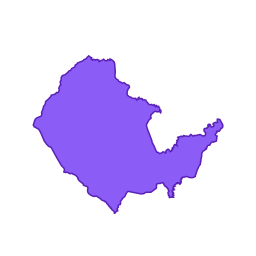 Ossu, Viqueque, East Timor (Albers equal-area conic projection), rotated 52°
{"feature_id": "22284137B78761758678939", "entity_name": "Ossu", "entity_type": "district", "adm_level": 2, "iso_a3": "TLS", "parent_name": "East Timor", "parent_adm1": "Viqueque", "projection": "albers", "projection_center": [126.407, -8.715], "detail": "fine", "context": "isolated", "style": "filled", "palette": "violet", "viewbox_px": 256, "rotation_deg": 52, "n_neighbors": 0, "source": "geoboundaries", "source_scale": "gbopen_adm2", "svg_char_len": 5893}
<svg xmlns="http://www.w3.org/2000/svg" viewBox="0 0 256 256"><g transform="rotate(52 128 128)"><path d="M176.0,52.2L177.3,53.3L178.6,53.8L178.3,55.0L177.3,55.7L176.8,58.0L177.4,58.7L179.1,58.7L179.3,59.8L178.8,61.6L176.9,61.6L176.5,61.1L176.1,61.0L175.2,61.5L174.8,62.1L174.7,62.8L175.1,63.5L175.7,63.5L176.3,63.0L176.5,63.0L176.7,63.5L176.2,65.0L176.8,66.0L175.6,67.9L175.6,68.6L176.6,69.6L177.9,70.0L179.2,69.7L180.0,70.1L181.1,71.4L181.3,72.3L180.4,73.9L179.8,74.3L177.8,75.0L177.4,75.4L176.4,77.4L176.0,78.8L174.6,80.4L174.7,81.2L173.9,82.0L171.8,82.4L171.8,83.4L172.2,84.5L172.0,85.2L170.0,87.3L169.5,88.2L168.8,88.3L168.1,88.9L168.5,90.4L167.2,91.1L166.8,92.2L166.7,93.1L165.9,94.1L166.2,94.8L167.3,94.6L167.7,94.8L168.2,96.1L167.8,97.1L168.3,97.4L169.2,97.4L169.4,98.8L170.6,99.6L172.2,100.2L170.0,101.1L169.7,101.6L170.1,102.6L171.0,103.7L171.0,105.4L171.3,105.7L172.1,105.3L172.2,107.4L172.9,107.6L173.0,107.9L172.6,108.5L172.6,109.3L170.0,109.1L169.3,109.5L169.2,111.7L169.6,112.4L170.9,113.5L170.8,113.8L169.1,114.4L168.3,115.1L168.3,116.9L167.6,118.8L165.5,119.3L165.1,120.1L164.3,120.2L158.1,118.5L154.4,117.9L152.1,116.8L140.1,113.1L137.5,112.0L136.5,111.0L134.5,106.4L134.7,105.6L134.3,105.1L134.6,104.0L134.2,103.6L133.1,103.4L132.7,102.5L131.7,101.9L131.6,101.5L131.6,99.0L131.3,98.3L131.6,96.3L133.3,95.0L134.3,93.3L135.1,92.9L136.1,92.9L136.0,92.6L134.4,91.2L134.2,91.2L133.8,92.1L133.5,92.1L132.4,91.1L131.6,90.9L130.6,91.1L130.0,90.5L129.7,90.5L129.4,91.6L129.0,91.8L127.7,91.7L127.6,91.8L127.6,92.3L128.3,92.8L128.2,93.4L126.6,93.2L126.0,92.9L125.6,93.0L125.5,94.3L125.2,94.7L124.0,94.8L123.7,95.7L122.5,96.8L121.5,97.1L120.0,96.9L118.6,97.2L117.0,96.8L115.9,97.7L115.1,98.9L114.6,99.0L113.9,98.7L113.4,99.5L112.8,99.4L112.0,101.0L111.4,100.9L110.6,100.5L110.5,101.4L111.5,102.6L111.0,103.1L111.4,103.8L111.3,104.1L109.4,103.7L109.1,103.9L108.8,104.2L108.8,104.7L107.3,106.2L106.2,106.6L105.6,106.6L104.5,107.6L102.2,108.2L101.3,108.2L98.9,106.4L97.5,104.1L96.9,101.9L96.6,101.6L95.5,101.1L94.4,101.3L92.9,102.5L89.9,103.1L89.2,104.9L87.5,105.4L85.8,106.5L83.9,106.3L82.6,107.0L80.7,107.0L79.1,106.4L75.7,103.3L69.4,99.1L67.3,98.2L64.2,98.8L62.6,99.6L62.9,99.8L63.6,99.7L63.8,100.1L63.1,100.9L61.6,101.8L62.1,103.0L61.1,104.4L60.3,104.7L58.9,104.8L58.6,105.1L58.8,106.3L58.2,107.8L58.0,108.8L58.1,109.7L57.9,110.0L57.2,109.8L56.5,109.2L56.2,109.6L55.3,109.8L54.4,111.3L54.7,111.4L54.7,111.7L52.7,112.8L52.8,114.1L52.5,114.3L52.0,114.2L51.2,114.7L50.4,114.0L50.5,113.4L50.2,113.3L49.4,114.0L47.0,114.5L47.2,116.9L47.6,117.8L47.6,118.7L47.5,119.4L47.0,120.1L47.3,122.2L45.7,127.7L46.2,129.4L45.9,130.8L46.9,131.9L47.1,132.8L46.5,135.7L47.2,137.8L46.7,139.9L47.2,141.2L47.2,145.0L46.4,147.0L46.4,148.1L47.2,149.7L49.4,151.4L49.4,152.3L49.9,153.1L51.4,153.8L51.9,154.3L52.8,154.4L52.7,155.5L53.9,157.9L54.5,158.3L55.7,158.6L56.9,160.7L56.9,161.6L56.0,162.5L56.5,164.3L56.0,165.2L56.0,166.0L54.9,168.2L55.7,169.7L56.3,173.6L56.4,176.3L56.8,177.0L58.4,178.8L59.0,181.2L60.5,183.1L62.1,185.7L62.8,186.8L64.2,187.5L64.9,188.6L65.1,189.9L64.5,191.2L63.9,194.0L63.9,195.3L64.5,196.7L67.4,200.9L67.9,200.8L69.5,201.2L70.0,200.5L71.0,200.4L73.3,199.4L74.5,199.1L78.5,199.8L86.7,202.0L91.2,202.1L94.3,201.6L95.2,200.9L95.3,200.6L96.6,200.6L108.1,202.5L117.0,203.6L120.5,203.2L121.9,203.9L123.0,205.5L123.5,205.6L123.8,205.1L124.6,204.6L124.6,204.2L125.2,203.8L125.5,203.0L127.7,202.3L128.4,201.7L129.3,200.0L130.8,199.7L132.0,198.8L133.4,198.3L136.4,198.1L137.1,198.8L139.7,198.9L144.5,197.7L145.7,198.4L148.3,196.7L149.7,196.1L150.7,196.6L151.9,198.0L153.2,198.9L154.3,199.3L155.7,199.3L158.1,198.7L160.8,197.2L162.1,195.0L163.0,194.5L167.4,193.1L168.7,193.0L170.7,191.9L171.3,191.3L171.9,191.6L173.4,190.7L174.5,191.3L175.8,190.8L175.9,191.0L177.3,191.1L177.7,190.8L178.4,191.2L178.9,190.8L179.3,190.9L179.6,190.8L179.8,191.0L180.4,191.1L180.9,190.6L182.0,191.0L185.1,190.4L186.2,190.7L186.7,191.2L186.9,191.0L187.1,190.2L186.4,188.7L186.6,188.2L186.5,187.5L186.9,187.1L186.0,186.5L185.0,186.4L184.6,185.8L184.4,184.2L182.9,183.3L183.1,182.0L183.5,181.2L182.9,180.3L181.3,179.2L181.1,178.9L180.6,176.7L180.1,175.7L180.0,172.7L178.3,169.3L178.0,168.1L178.0,166.9L188.0,158.3L189.4,156.0L189.6,154.0L190.0,153.1L192.7,149.5L192.9,143.0L192.3,142.1L189.9,140.2L190.2,138.6L191.6,136.6L192.0,134.6L192.3,134.4L193.5,134.3L193.7,134.0L194.8,134.6L195.7,134.5L196.6,134.7L198.0,133.9L198.7,134.3L199.4,133.9L200.4,134.1L201.3,134.0L202.1,134.6L202.9,134.4L203.4,135.4L203.3,136.0L203.6,136.3L206.1,137.6L206.8,137.2L208.1,138.2L208.3,138.2L209.1,136.6L210.3,135.1L209.6,135.2L209.2,135.0L209.6,134.1L209.5,133.5L208.5,133.1L208.2,133.7L207.3,133.4L207.2,132.8L207.5,132.3L207.3,132.1L206.8,132.0L206.2,132.5L205.8,132.4L205.5,131.9L204.6,131.9L204.4,131.4L205.1,129.6L204.6,129.7L204.2,130.3L203.8,130.2L203.2,129.4L203.5,128.8L202.3,128.8L201.8,127.7L201.8,127.4L202.5,127.2L202.7,126.8L202.1,126.9L201.5,126.4L201.8,125.4L201.4,124.3L201.9,123.8L201.3,123.2L201.5,122.9L202.3,122.7L202.1,122.1L202.5,121.6L202.9,121.4L203.8,121.9L204.1,121.8L203.8,121.5L204.1,120.9L203.7,119.7L202.9,119.8L202.8,118.9L202.3,118.6L201.5,118.7L201.1,117.0L200.5,116.9L200.8,116.1L200.3,115.5L201.5,113.7L202.1,111.9L202.9,111.1L204.4,110.4L206.6,108.2L207.4,106.4L207.3,105.3L207.6,104.8L207.0,104.2L203.9,99.6L201.8,95.7L201.2,93.4L200.5,93.0L199.8,91.8L198.9,91.5L198.8,90.7L198.1,90.3L195.2,86.9L193.8,86.0L192.6,83.7L192.4,82.7L192.8,81.6L192.5,80.7L192.8,79.2L192.5,78.9L192.0,79.0L192.1,77.9L191.4,77.4L191.0,76.2L191.0,75.4L191.7,74.5L191.7,73.9L190.9,72.0L190.8,69.7L191.7,69.5L192.7,66.4L192.1,66.0L191.2,64.7L189.9,63.8L189.3,62.7L188.1,63.4L186.8,63.3L186.5,63.0L186.4,60.8L186.1,60.5L185.3,60.4L185.2,60.0L185.6,59.3L186.7,58.3L186.7,57.9L185.7,54.9L185.9,54.1L185.7,53.0L184.9,52.1L183.9,51.4L178.1,50.4L177.3,50.7L176.0,52.2Z" fill="#8b5cf6" stroke="#5b21b6" stroke-width="1.5"/></g></svg>